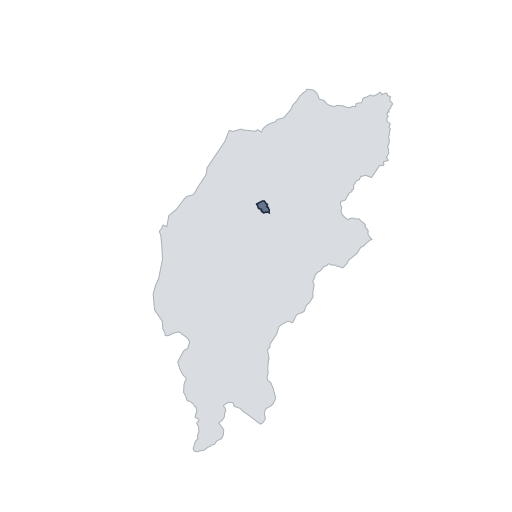 Bayan-Ovoo, Bayanhongor, Mongolia (highlighted), rotated 115°
{"feature_id": "93677404B1507170544198", "entity_name": "Bayan-Ovoo", "entity_type": "district", "adm_level": 2, "iso_a3": "MNG", "parent_name": "Mongolia", "parent_adm1": "Bayanhongor", "projection": "albers", "projection_center": [100.443, 46.171], "detail": "fine", "context": "in_parent", "style": "filled", "palette": "slate", "viewbox_px": 512, "rotation_deg": 115, "n_neighbors": 0, "source": "geoboundaries", "source_scale": "gbopen_adm2", "svg_char_len": 4748}
<svg xmlns="http://www.w3.org/2000/svg" viewBox="0 0 512 512"><g transform="rotate(115 256 256)"><path d="M54.9,201.2L56.4,201.3L58.9,200.0L59.5,197.7L60.4,196.5L65.8,196.7L68.1,197.7L68.7,196.3L69.2,196.2L70.3,197.6L71.6,197.2L72.5,196.8L73.6,195.1L75.4,195.7L78.8,194.1L79.1,190.7L80.4,190.0L83.3,189.7L83.9,188.2L84.5,187.8L86.6,187.6L90.4,186.3L92.1,186.3L93.5,184.9L96.9,183.2L101.7,182.8L102.2,181.8L106.8,179.1L111.5,179.5L113.0,176.8L113.7,176.6L116.6,180.2L118.0,179.9L118.6,178.7L120.5,178.9L121.1,181.3L122.1,182.3L135.8,184.4L136.2,185.3L136.5,190.8L138.9,193.5L139.4,194.7L143.3,194.6L145.3,196.8L148.6,196.9L150.3,197.6L153.6,195.9L154.4,195.9L155.3,197.0L157.0,196.3L159.9,198.3L162.2,198.1L163.3,198.9L164.7,198.4L168.0,199.0L170.6,202.0L172.5,201.9L174.7,200.1L175.4,198.8L178.6,198.2L180.5,197.0L181.7,195.9L183.6,191.7L184.1,187.4L182.5,186.7L181.1,185.2L180.4,182.8L180.4,181.2L178.9,178.7L179.1,177.5L180.0,175.4L180.6,172.0L181.7,170.1L183.9,169.1L184.1,167.8L185.5,165.2L189.0,163.7L190.9,160.8L192.0,157.9L193.6,159.4L198.0,161.6L201.6,162.6L204.0,164.8L210.4,165.4L221.1,170.4L223.4,170.1L229.8,172.1L230.3,172.9L230.4,176.7L230.9,177.8L231.2,181.9L232.5,184.0L232.2,186.5L232.8,187.3L234.4,187.6L237.1,190.1L242.9,191.7L244.7,193.4L248.7,194.4L250.7,193.6L254.1,193.9L255.3,193.5L257.3,191.4L258.6,190.8L266.1,188.8L268.1,187.3L269.5,187.0L275.5,187.9L279.7,189.5L285.6,188.9L288.6,190.9L289.9,192.8L292.4,194.4L300.8,194.5L301.2,194.9L301.5,199.3L301.9,199.9L307.7,204.2L310.4,205.3L318.0,204.3L330.1,206.0L332.8,204.7L335.5,205.9L336.4,205.7L343.6,200.7L344.7,200.8L352.4,198.1L357.2,195.4L361.0,195.0L363.7,192.8L364.5,189.2L368.7,184.5L376.5,178.1L382.0,177.9L385.4,179.0L389.3,181.9L391.3,182.6L394.8,182.2L399.3,178.8L402.0,178.9L404.6,179.5L406.5,180.9L402.4,200.6L402.5,201.7L400.8,206.0L401.5,212.2L398.7,215.0L399.8,218.3L400.8,219.5L404.9,222.3L406.0,221.6L406.8,219.9L408.5,218.3L412.0,217.9L415.0,216.7L419.0,217.1L423.1,219.2L426.9,211.9L431.4,210.1L435.9,209.9L440.1,213.3L444.6,214.3L446.1,216.4L447.9,217.0L448.6,218.0L454.6,221.6L456.3,224.5L458.3,226.4L458.8,228.7L458.7,229.9L457.0,231.6L450.0,232.6L445.5,231.4L444.3,233.0L438.9,233.7L436.2,235.3L434.3,236.6L433.4,238.4L432.6,239.0L431.7,239.1L429.8,238.2L428.5,238.6L428.1,238.9L428.0,243.0L423.5,244.0L421.9,243.8L418.5,246.4L418.2,248.0L416.6,250.5L415.6,254.7L416.2,256.3L415.9,257.5L412.9,260.3L410.2,264.0L403.8,266.6L400.6,267.4L398.1,267.0L395.9,268.0L394.7,271.8L391.0,276.9L385.2,282.2L373.2,281.5L371.6,281.1L368.8,278.8L362.0,279.7L360.3,281.8L359.0,284.7L357.3,293.7L360.7,298.1L364.3,300.9L365.9,302.9L366.2,304.9L364.1,306.1L361.5,309.6L354.6,313.5L347.7,325.2L333.8,333.2L324.8,334.6L317.6,334.7L298.4,339.4L286.2,345.9L277.1,351.3L275.1,353.7L274.2,354.1L272.4,353.3L267.3,353.3L267.1,349.2L256.1,352.1L247.0,347.7L234.1,345.1L231.5,344.1L227.0,338.8L224.7,338.2L219.1,338.0L203.7,335.6L196.5,337.6L165.2,332.6L153.8,333.4L153.4,332.9L152.8,329.4L147.8,323.9L147.2,322.6L147.0,320.5L143.4,309.6L140.8,307.8L141.4,303.3L137.3,303.4L132.9,301.4L128.5,297.8L126.4,295.3L123.2,294.5L119.6,289.9L117.8,288.9L108.3,286.3L103.4,286.4L98.3,284.7L92.4,283.9L90.6,282.8L88.9,282.7L85.7,280.5L83.4,280.6L81.3,274.1L82.4,270.3L83.8,268.2L86.9,265.1L87.0,263.8L86.2,260.5L88.4,255.2L88.3,251.7L87.2,247.7L85.4,246.5L83.2,240.9L82.9,236.7L82.0,233.7L79.4,231.7L78.8,229.1L77.9,228.8L77.2,229.5L75.5,229.6L74.0,227.8L73.2,225.9L72.3,225.3L70.4,225.1L68.6,225.7L66.8,225.1L65.4,223.2L61.6,220.1L61.7,218.3L61.3,217.0L60.1,216.4L59.0,214.9L55.1,212.8L55.2,211.9L56.6,210.1L54.0,208.1L53.2,206.2L55.1,204.3L54.7,202.7L54.9,201.2Z" fill="#d9dde1" stroke="#a8b0b8" stroke-width="1"/><path d="M208.6,277.5L208.7,277.4L208.8,277.3L208.9,277.2L209.0,277.1L209.1,276.9L209.2,276.7L209.3,276.5L209.2,276.4L209.1,276.2L209.3,276.1L209.5,276.1L209.8,275.9L210.4,275.2L211.3,274.5L211.2,274.1L211.9,273.6L211.6,271.8L211.4,270.6L212.9,270.4L212.9,270.0L212.9,269.9L213.2,269.4L213.3,269.2L213.1,269.0L212.9,268.7L213.3,268.5L213.5,268.4L213.6,268.2L213.7,267.9L213.7,267.7L213.8,267.5L213.8,267.4L213.7,267.1L213.5,266.9L213.3,266.8L213.2,266.7L212.9,266.6L212.8,266.4L212.7,266.3L212.6,266.2L212.5,265.9L212.4,265.8L212.2,265.8L212.1,265.5L212.1,265.4L212.1,265.2L212.0,264.9L211.9,264.8L211.8,264.6L211.7,264.5L211.4,264.4L211.3,263.9L211.3,263.6L211.2,263.2L211.3,262.7L211.3,262.2L211.0,262.4L210.6,262.6L210.1,262.9L208.9,263.4L208.5,263.5L208.1,264.3L207.5,264.8L207.1,265.1L206.7,266.0L207.1,266.4L206.9,267.1L206.6,267.0L205.4,267.4L204.8,267.1L204.0,268.3L204.1,269.1L203.9,269.9L203.4,270.3L203.2,270.5L203.2,270.8L203.1,271.0L202.9,271.3L202.8,271.5L202.6,271.8L203.4,273.4L208.6,277.5Z" fill="#64748b" stroke="#1e293b" stroke-width="1.5"/></g></svg>